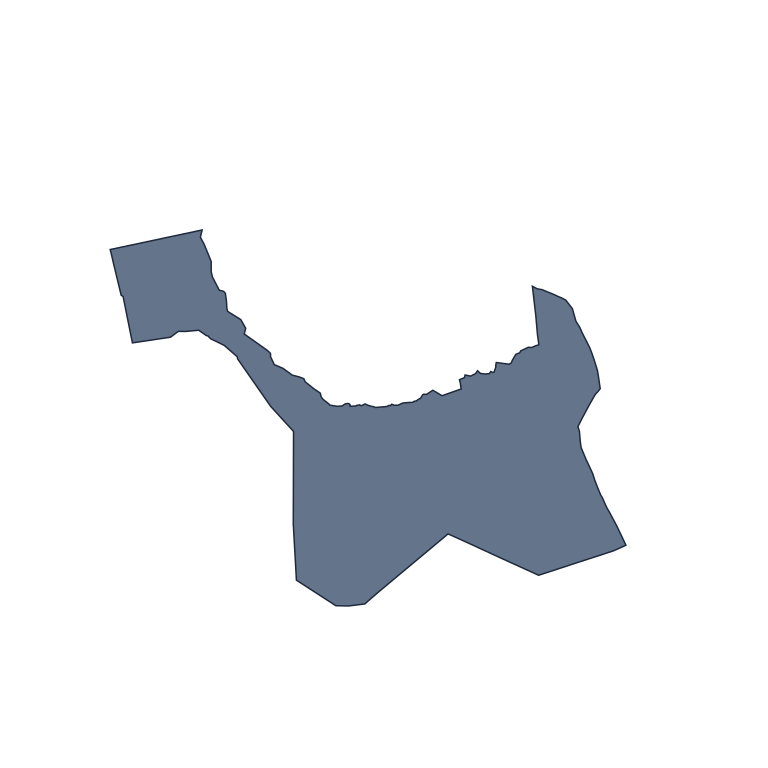 the district of Aldama, Chiapas, Mexico, rotated 320°
{"feature_id": "50627088B76815062808044", "entity_name": "Aldama", "entity_type": "district", "adm_level": 2, "iso_a3": "MEX", "parent_name": "Mexico", "parent_adm1": "Chiapas", "projection": "orthographic", "projection_center": [-92.681, 16.932], "detail": "fine", "context": "isolated", "style": "filled", "palette": "slate", "viewbox_px": 768, "rotation_deg": 320, "n_neighbors": 0, "source": "geoboundaries", "source_scale": "gbopen_adm2", "svg_char_len": 2823}
<svg xmlns="http://www.w3.org/2000/svg" viewBox="0 0 768 768"><g transform="rotate(320 384 384)"><path d="M260.7,105.0L257.8,110.9L253.7,118.9L251.4,123.6L247.9,130.6L245.3,135.8L244.1,138.3L239.7,147.1L240.4,149.2L217.7,190.8L250.5,210.9L260.3,211.5L265.6,216.1L276.6,223.7L279.0,232.6L280.0,234.0L280.3,238.1L282.5,242.8L286.4,251.7L289.1,268.8L288.0,270.7L282.8,328.3L284.2,362.2L223.7,433.9L223.5,434.3L190.8,478.0L204.6,522.9L214.1,531.2L219.3,534.6L228.0,540.2L233.1,540.0L246.5,539.8L322.3,540.0L336.7,540.0L346.9,561.2L357.1,582.9L362.4,594.1L379.5,629.9L415.6,644.4L452.5,659.3L465.7,663.0L468.5,652.4L469.6,648.1L471.1,642.2L472.2,637.1L474.3,627.1L475.2,621.9L476.5,617.1L478.1,611.9L478.7,608.1L479.2,606.6L480.7,601.8L484.0,592.2L486.1,587.3L486.5,586.0L490.1,572.5L490.1,572.1L490.3,571.7L494.1,559.5L497.2,554.5L503.0,546.3L503.1,546.2L505.2,541.3L513.3,537.8L516.5,536.5L527.8,532.0L532.7,530.2L537.7,528.3L540.2,527.6L542.6,527.4L546.6,526.6L553.9,514.8L556.1,511.0L556.9,509.2L560.6,500.4L563.2,493.6L564.9,488.5L566.7,481.0L568.6,472.6L570.3,466.8L571.4,459.2L576.7,447.5L577.2,436.6L575.2,431.8L574.4,430.3L573.8,429.2L573.3,428.1L572.8,427.0L572.3,425.9L571.6,424.5L571.0,423.3L570.3,422.0L569.6,420.6L568.6,418.9L568.0,417.7L567.5,416.6L567.0,415.7L566.3,414.4L565.6,413.1L564.8,412.2L563.9,411.2L563.2,410.3L562.5,409.4L562.1,408.4L561.7,407.4L560.7,405.1L560.5,404.5L544.3,429.1L536.5,440.2L536.3,440.5L533.3,444.8L527.9,453.4L526.9,453.2L525.4,452.4L520.6,451.0L518.3,448.7L510.1,446.5L508.0,447.3L504.0,446.0L497.4,448.4L495.2,449.6L494.1,449.5L492.6,449.3L484.2,440.1L483.8,439.7L481.2,441.9L480.7,442.8L476.0,445.6L474.8,445.1L473.8,443.1L471.4,443.8L468.9,442.0L468.2,441.7L464.7,437.9L464.2,434.0L460.7,434.9L458.6,434.4L455.4,433.6L451.9,429.2L449.8,430.8L449.4,430.6L448.9,430.6L444.6,429.2L443.4,431.6L443.2,432.1L439.9,437.4L421.2,430.4L420.9,430.2L417.4,420.2L413.5,419.7L409.9,419.3L408.0,417.4L406.7,417.1L402.9,418.4L400.0,417.8L397.6,417.8L396.7,416.9L393.9,416.3L391.9,414.7L391.0,414.0L386.3,410.7L381.2,409.3L377.8,406.6L377.7,405.7L376.8,404.4L375.0,404.7L374.1,403.6L371.6,403.0L362.4,396.5L361.2,394.3L360.0,393.0L357.6,389.2L356.7,387.1L353.0,386.2L352.2,385.4L352.0,384.4L349.4,382.8L348.1,382.8L347.4,382.0L343.7,379.3L344.7,378.0L344.7,377.0L343.6,375.5L342.0,374.6L341.0,374.2L339.2,374.0L337.9,374.0L333.8,371.0L328.9,365.3L329.0,364.1L327.5,356.8L327.5,353.8L329.3,350.0L327.2,342.5L325.0,331.6L326.0,328.4L323.8,324.4L322.2,322.1L319.4,318.2L316.7,307.1L312.4,298.6L314.7,290.0L316.4,288.2L316.7,286.7L316.2,283.1L309.1,255.9L313.9,252.4L315.7,242.6L310.9,227.9L312.1,225.3L316.9,218.8L320.8,212.5L320.7,209.9L318.1,206.3L321.3,192.0L323.6,187.2L330.4,179.0L336.0,161.5L337.7,153.5L343.7,149.1L260.7,105.0Z" fill="#64748b" stroke="#1e293b" stroke-width="1.5"/></g></svg>